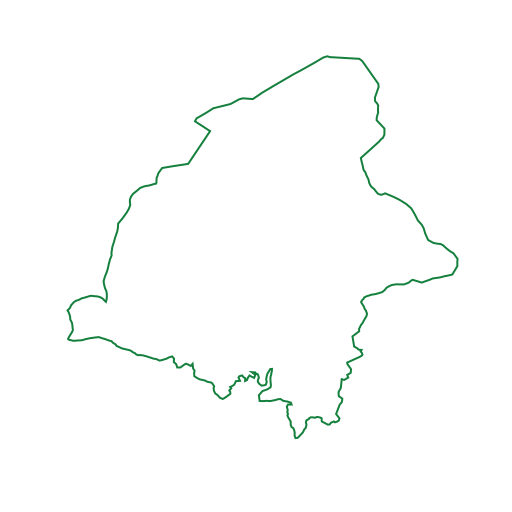 the district of San José Independencia, Oaxaca, Mexico, rotated 81°
{"feature_id": "50627088B65589511194358", "entity_name": "San José Independencia", "entity_type": "district", "adm_level": 2, "iso_a3": "MEX", "parent_name": "Mexico", "parent_adm1": "Oaxaca", "projection": "natural_earth1", "projection_center": [-96.628, 18.255], "detail": "fine", "context": "isolated", "style": "outline", "palette": "green", "viewbox_px": 512, "rotation_deg": 81, "n_neighbors": 0, "source": "geoboundaries", "source_scale": "gbopen_adm2", "svg_char_len": 5529}
<svg xmlns="http://www.w3.org/2000/svg" viewBox="0 0 512 512"><g transform="rotate(81 256 256)"><path d="M97.5,228.1L100.5,234.6L98.2,244.3L98.6,248.1L101.9,257.4L103.4,275.1L104.9,278.4L107.1,283.6L110.7,293.1L113.4,295.2L125.5,281.8L154.4,308.6L154.3,324.5L154.4,334.9L156.2,336.7L156.9,337.5L157.0,337.6L158.2,338.7L159.3,339.7L161.2,340.6L163.6,342.0L166.5,342.6L167.9,342.8L169.0,343.6L168.8,344.6L169.1,346.4L169.3,347.6L169.5,349.5L169.7,351.5L169.6,353.3L169.6,353.6L169.8,355.9L170.2,357.8L170.8,360.1L171.9,361.7L173.5,364.4L175.3,367.6L177.9,370.2L180.5,371.7L183.5,372.2L185.9,372.2L189.5,374.2L192.5,376.6L196.2,380.2L198.7,382.8L202.4,387.1L206.7,388.0L210.2,389.3L215.7,392.2L219.9,394.1L224.4,396.4L230.4,398.3L232.8,398.5L237.0,401.0L237.6,401.1L240.4,402.5L240.8,402.6L245.2,404.3L248.5,405.9L252.8,408.5L257.2,410.5L260.8,410.5L264.5,410.1L267.2,409.3L269.3,409.3L271.1,409.4L273.1,409.7L275.6,410.4L277.8,411.4L276.3,412.6L274.9,413.5L273.8,414.4L272.4,416.2L271.5,418.0L270.8,420.1L270.3,422.3L269.6,424.6L269.5,426.4L269.8,428.0L270.0,429.8L270.4,432.6L270.5,434.6L271.1,436.3L271.7,438.3L272.1,441.0L273.1,443.1L275.7,446.3L278.3,448.0L280.3,450.7L282.0,449.9L285.1,449.3L287.3,449.1L289.8,449.4L291.3,448.8L293.4,448.2L295.6,448.2L298.4,448.4L300.2,448.4L301.7,449.1L303.4,450.5L305.8,452.6L307.0,453.6L308.5,454.6L309.7,453.5L310.2,451.9L311.1,450.0L311.4,448.0L311.5,445.8L311.7,444.0L311.9,442.2L311.9,440.6L311.6,438.2L311.4,436.3L311.3,434.2L311.2,432.4L311.3,430.5L311.3,428.0L311.4,426.1L311.5,424.1L312.3,422.4L313.2,420.8L314.0,419.0L314.5,417.8L315.8,415.8L317.6,411.9L319.1,411.1L321.5,408.4L322.9,407.9L323.6,406.9L324.4,405.6L325.4,404.2L326.1,403.2L326.8,401.6L327.5,399.9L328.3,398.0L329.2,395.7L330.0,394.5L331.2,393.1L331.6,392.9L333.2,390.6L334.4,389.8L335.5,388.2L335.8,385.5L336.5,383.1L337.5,380.9L338.3,379.2L338.9,378.1L339.6,376.7L340.2,375.4L341.2,373.6L341.7,372.2L342.3,370.5L344.2,367.6L344.1,365.3L343.4,360.4L342.5,357.8L342.1,354.5L344.6,353.0L347.9,353.8L350.3,351.8L353.8,351.2L354.3,348.1L352.2,344.1L351.4,342.0L352.7,339.9L354.4,337.6L352.6,335.5L357.3,335.7L359.7,334.6L362.1,335.5L365.1,335.7L367.0,333.6L369.0,330.9L369.9,328.7L370.9,326.0L372.6,323.8L373.3,321.9L373.9,320.1L375.2,319.0L378.2,317.7L379.7,318.5L382.6,318.6L385.3,317.8L387.4,315.7L390.5,313.7L392.0,311.2L391.4,309.5L390.3,307.1L389.4,305.4L388.1,302.9L386.3,302.7L384.6,303.4L382.9,301.2L381.3,302.0L380.9,300.3L380.0,298.1L378.9,297.0L376.5,295.5L376.8,291.3L373.3,292.3L372.2,291.4L371.8,288.4L374.1,287.0L375.0,285.7L377.7,286.3L377.2,284.4L374.7,282.8L373.0,281.1L374.5,279.3L375.0,278.4L375.2,278.1L376.1,276.9L373.2,275.2L370.1,278.3L370.9,274.9L372.3,274.4L372.8,273.0L374.1,272.5L376.6,272.2L378.2,273.1L379.6,273.8L381.0,273.7L383.0,272.6L384.9,270.8L385.0,268.0L384.6,266.4L383.3,265.7L381.8,265.1L379.5,265.3L376.6,264.3L375.0,263.6L373.7,262.9L371.0,260.5L369.9,259.6L370.0,257.9L372.8,258.5L374.0,259.2L375.5,259.5L376.9,260.3L379.4,261.0L382.8,261.3L386.1,261.5L388.0,262.2L389.3,265.2L389.9,267.7L390.4,270.7L391.9,272.5L393.0,273.7L393.9,274.9L399.7,275.1L400.2,273.1L400.5,270.8L400.7,268.3L401.5,264.7L401.3,259.3L400.9,256.7L401.1,254.2L403.4,251.6L404.7,247.7L406.3,244.5L408.3,244.1L407.7,247.6L409.6,249.1L413.0,248.8L415.6,249.5L417.0,249.1L418.3,249.9L420.2,249.5L425.0,247.6L427.7,248.1L430.4,247.7L432.0,246.0L434.4,245.5L436.4,245.4L439.6,246.0L442.0,245.5L442.1,243.2L438.2,238.1L437.3,237.1L434.8,235.4L433.7,233.9L431.8,233.0L430.2,232.5L428.4,232.8L426.2,231.9L425.3,229.3L424.5,228.8L423.9,227.0L424.4,224.5L425.0,223.0L424.5,220.9L425.4,218.2L426.4,216.6L429.7,216.9L433.8,211.4L433.9,209.6L432.4,208.0L431.6,205.0L432.6,204.2L432.3,201.8L431.5,200.0L429.4,199.0L424.6,201.6L415.9,196.6L414.0,194.3L412.1,193.5L410.3,193.1L407.5,196.1L404.7,196.0L402.7,195.4L399.7,192.9L391.1,190.6L392.2,188.3L390.5,183.9L387.7,184.5L386.3,180.8L382.8,179.8L377.0,182.6L375.5,182.6L371.9,169.5L371.2,167.6L370.2,166.3L368.2,166.6L366.6,167.6L365.3,166.5L364.5,169.3L362.7,170.7L360.8,173.2L350.5,173.3L346.5,165.9L344.1,165.6L340.6,163.1L338.9,161.3L336.9,159.8L335.1,158.3L332.5,156.2L330.3,155.4L328.6,155.7L326.7,156.1L325.2,157.0L323.1,157.3L318.8,159.1L317.9,159.4L316.0,157.8L315.1,156.4L313.9,155.6L313.0,152.8L312.8,151.1L312.3,148.1L312.3,143.8L311.9,140.5L311.4,137.0L309.7,134.1L307.8,132.1L306.7,129.4L305.9,126.4L305.9,121.8L306.6,118.0L307.2,114.1L306.5,110.7L306.0,108.8L304.8,107.1L304.0,105.0L308.2,96.4L307.5,92.9L306.6,87.9L305.8,84.9L305.9,81.5L305.9,76.9L305.5,73.3L305.3,68.4L305.0,65.0L297.5,58.7L293.9,58.2L290.4,57.4L287.0,59.1L284.0,60.7L282.2,63.0L280.4,64.8L278.5,66.5L276.3,68.3L274.6,69.6L273.1,71.8L272.1,75.2L270.9,78.6L269.3,80.7L267.1,83.5L260.4,85.3L254.6,86.1L251.0,87.4L246.4,90.5L241.0,92.2L236.1,94.0L233.1,95.3L228.1,99.5L223.1,105.3L219.1,110.9L216.8,114.6L214.3,118.7L214.5,119.1L215.0,121.4L215.1,122.9L213.8,125.6L212.5,126.5L210.3,127.8L208.5,128.7L206.1,130.9L204.1,132.0L201.2,132.8L198.1,132.9L194.3,134.1L191.7,134.7L190.2,134.9L188.6,136.0L186.5,136.4L183.5,136.5L179.2,136.9L177.8,137.0L175.6,137.1L168.7,126.4L162.1,116.3L160.0,113.9L159.3,112.3L157.0,110.7L156.2,110.2L150.2,109.2L140.8,115.6L138.1,115.1L135.3,113.8L133.4,112.9L130.9,112.7L126.4,111.8L124.5,112.4L121.8,114.1L120.0,114.0L118.0,113.7L108.2,108.4L105.1,108.3L81.8,119.7L79.9,120.7L77.4,123.1L71.1,152.0L69.9,154.3L70.5,158.5L74.1,167.6L79.7,182.7L82.3,190.3L86.2,200.3L90.9,212.4L95.7,224.4L97.5,228.1Z" fill="none" stroke="#15803d" stroke-width="2"/></g></svg>